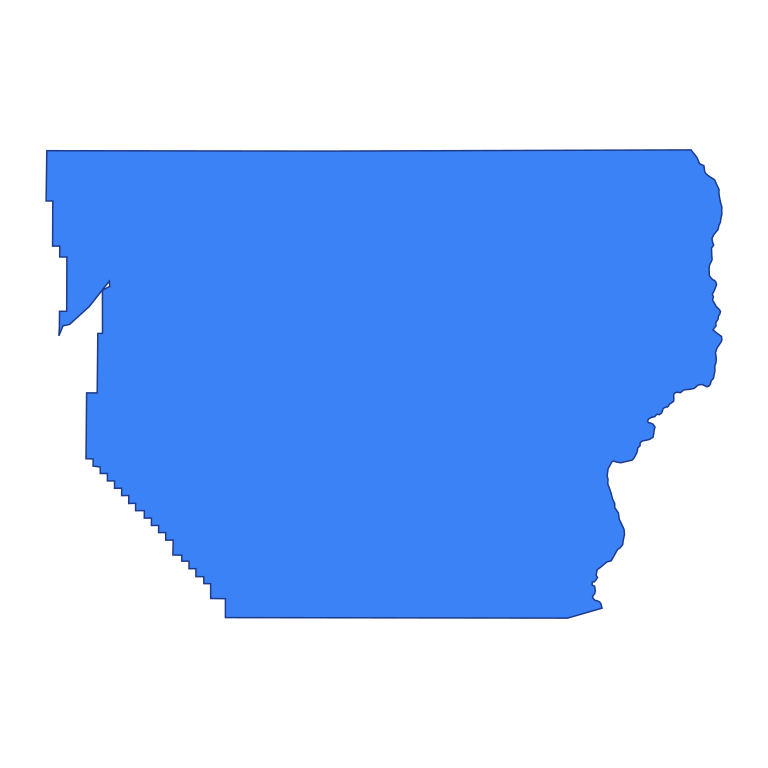 outline of Churchill, Nevada, United States of America
{"feature_id": "52423323B65093392652388", "entity_name": "Churchill", "entity_type": "district", "adm_level": 2, "iso_a3": "USA", "parent_name": "United States of America", "parent_adm1": "Nevada", "projection": "equal_earth", "projection_center": [-117.959, 39.537], "detail": "fine", "context": "isolated", "style": "filled", "palette": "blue", "viewbox_px": 768, "rotation_deg": 0, "n_neighbors": 0, "source": "geoboundaries", "source_scale": "gbopen_adm2", "svg_char_len": 2932}
<svg xmlns="http://www.w3.org/2000/svg" viewBox="0 0 768 768"><path d="M225.4,617.6L567.6,618.1L602.1,608.1L601.7,607.0L601.0,604.2L600.6,603.3L599.5,601.9L598.1,601.2L596.6,600.6L595.1,600.4L594.0,599.4L592.5,597.5L593.3,595.4L594.6,593.8L595.3,590.9L594.7,586.2L592.1,585.1L592.3,582.0L594.4,581.8L596.0,579.9L597.5,577.5L596.1,575.2L597.2,569.7L600.9,567.0L606.8,562.0L611.2,560.8L614.7,554.6L617.7,549.3L620.2,547.8L622.7,544.6L623.2,540.6L624.5,534.5L624.0,529.2L621.1,523.0L619.2,519.0L618.4,512.9L614.8,507.7L614.7,503.5L612.6,499.1L611.0,492.9L609.5,488.4L607.8,484.1L608.0,479.1L607.1,475.8L608.1,468.7L610.7,464.1L611.7,462.1L613.7,460.8L614.8,461.6L620.5,462.8L625.3,461.7L628.4,460.9L631.9,460.3L633.8,458.4L635.4,455.6L636.7,453.0L637.5,450.5L637.7,448.0L640.0,445.9L640.2,442.7L642.5,440.9L646.3,440.2L649.6,439.4L653.0,437.3L653.8,433.4L654.1,430.3L655.0,427.0L653.1,424.3L650.8,423.1L648.4,422.7L647.9,421.7L647.9,419.9L648.8,418.8L651.8,417.3L654.7,416.7L656.9,414.2L659.3,414.7L661.7,412.9L663.2,408.5L665.8,407.0L667.3,407.1L668.8,405.7L669.1,404.4L671.4,402.9L673.6,401.4L673.9,398.6L673.7,396.2L673.7,394.4L674.8,393.0L677.0,392.2L680.4,392.7L683.9,389.8L689.4,389.4L694.2,388.4L696.5,386.4L698.4,384.9L702.1,384.5L706.9,386.8L709.0,386.0L710.3,384.2L711.3,380.6L713.4,378.5L714.0,375.3L714.9,371.4L714.9,369.5L714.8,366.1L715.9,362.9L716.3,359.0L715.9,355.1L715.4,353.2L716.2,350.4L717.0,348.0L719.1,344.9L721.4,341.5L721.9,339.4L721.5,336.4L719.7,335.1L716.7,333.0L715.2,331.7L713.1,329.9L714.2,328.1L716.0,325.9L715.8,322.6L718.1,319.2L718.4,316.1L719.7,314.3L720.5,311.5L719.3,309.5L716.1,306.4L714.3,303.0L712.6,300.2L713.4,296.7L712.3,294.3L714.2,290.8L715.5,287.5L716.6,284.5L715.9,282.1L714.5,280.3L712.9,279.9L710.5,277.4L709.4,275.7L709.2,272.4L709.1,269.2L709.4,265.3L710.9,262.3L712.1,259.6L711.8,255.7L711.5,248.1L713.7,245.1L712.5,242.1L712.0,238.4L713.9,234.5L718.0,229.6L718.9,225.5L720.4,222.2L720.9,218.3L721.9,214.2L721.7,210.6L721.9,206.9L721.0,204.4L720.1,200.3L719.4,196.6L718.9,192.6L719.1,189.6L718.0,187.3L716.3,183.7L714.7,179.9L711.2,177.6L707.9,175.4L704.9,172.5L703.9,165.7L699.5,163.6L697.3,158.1L695.0,154.9L692.0,151.3L691.2,149.9L324.0,151.1L46.8,150.7L46.1,201.0L52.8,201.0L52.6,246.1L59.8,246.1L59.7,257.0L66.9,257.0L66.7,311.3L59.5,311.3L59.4,326.3L58.9,335.9L63.0,325.8L69.6,324.4L89.4,306.4L109.3,281.1L109.8,286.4L102.4,290.2L102.5,333.4L97.8,333.4L97.2,392.9L86.6,392.9L86.0,458.7L93.1,459.0L93.1,466.1L100.2,467.0L100.3,473.5L107.4,473.5L107.4,480.9L114.5,480.9L114.5,488.3L121.7,488.2L121.6,495.6L128.8,495.5L128.7,503.5L135.6,503.3L135.6,510.7L144.3,510.6L144.3,518.1L151.4,518.1L151.4,525.5L158.6,525.4L158.6,532.6L165.7,532.6L165.7,540.1L173.2,540.1L172.9,555.0L181.8,555.2L181.7,561.1L189.0,561.2L189.0,568.7L195.9,568.7L195.9,576.6L203.8,576.7L203.8,583.6L210.6,583.7L210.7,598.5L225.4,598.7L225.4,617.6Z" fill="#3b82f6" stroke="#1e3a8a" stroke-width="1.5"/></svg>